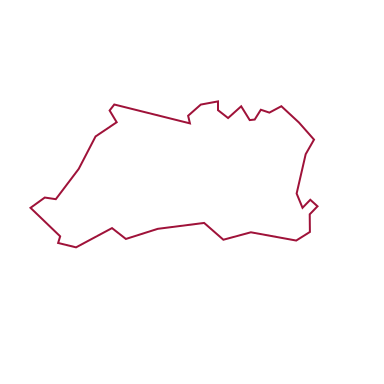 Rumbek East, Lakes, South Sudan, rotated 218°
{"feature_id": "79223893B32400871313636", "entity_name": "Rumbek East", "entity_type": "district", "adm_level": 2, "iso_a3": "SSD", "parent_name": "South Sudan", "parent_adm1": "Lakes", "projection": "robinson", "projection_center": [30.005, 6.745], "detail": "fine", "context": "isolated", "style": "outline", "palette": "rose", "viewbox_px": 384, "rotation_deg": 218, "n_neighbors": 0, "source": "geoboundaries", "source_scale": "gbopen_adm2", "svg_char_len": 635}
<svg xmlns="http://www.w3.org/2000/svg" viewBox="0 0 384 384"><g transform="rotate(218 192 192)"><path d="M307.1,213.1L307.1,205.5L294.3,200.6L302.2,176.4L295.5,140.5L294.9,102.5L304.6,97.0L309.5,80.1L268.6,75.9L266.1,69.4L249.3,77.0L232.8,114.3L215.2,114.3L196.3,141.9L163.4,175.1L137.9,173.7L120.8,196.5L80.0,217.9L74.5,233.1L85.5,246.9L84.3,258.0L94.0,258.7L95.2,247.6L108.6,255.2L125.7,291.8L128.1,308.4L150.6,312.6L174.4,314.6L179.9,302.2L188.4,299.2L187.2,287.7L190.8,284.2L206.0,289.8L209.1,272.5L221.9,272.5L227.3,279.4L238.9,266.3L242.0,249.7L235.9,244.8L307.1,213.1Z" fill="none" stroke="#9f1239" stroke-width="2"/></g></svg>